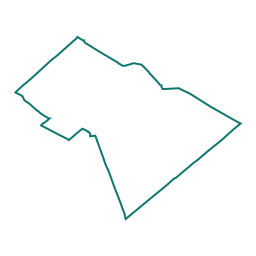 outline of Kārsava, Karsavas, Latvia
{"feature_id": "27541924B33018865841873", "entity_name": "Kārsava", "entity_type": "district", "adm_level": 2, "iso_a3": "LVA", "parent_name": "Latvia", "parent_adm1": "Karsavas", "projection": "robinson", "projection_center": [27.68, 56.785], "detail": "fine", "context": "isolated", "style": "outline", "palette": "teal", "viewbox_px": 256, "rotation_deg": 0, "n_neighbors": 0, "source": "geoboundaries", "source_scale": "gbopen_adm2", "svg_char_len": 1944}
<svg xmlns="http://www.w3.org/2000/svg" viewBox="0 0 256 256"><path d="M77.3,37.0L76.1,38.7L66.7,47.0L57.3,55.4L50.5,60.8L42.8,67.9L35.1,75.0L34.1,75.9L31.7,78.0L30.1,79.5L29.3,80.0L27.0,82.2L24.3,84.3L24.0,84.5L19.4,88.7L15.5,92.3L15.4,92.5L21.0,95.2L22.5,96.3L24.3,100.1L24.8,100.7L29.4,103.7L29.9,104.1L30.3,104.5L37.1,110.7L37.7,110.7L39.1,112.0L40.8,113.5L46.1,116.9L49.2,118.6L49.4,118.6L46.8,120.8L45.8,121.6L44.1,122.8L42.3,123.9L41.1,125.4L41.3,125.5L49.3,129.7L54.1,132.2L60.2,135.4L65.1,137.8L68.0,139.4L68.7,140.0L68.8,140.1L70.2,138.9L71.7,137.7L75.9,134.0L82.3,128.7L86.1,130.4L86.6,130.8L87.7,131.7L88.0,131.5L89.1,132.3L90.2,133.8L90.2,136.3L95.2,135.7L95.7,136.7L97.6,142.2L98.3,144.1L99.7,147.9L101.8,153.9L103.2,157.5L103.9,159.7L105.5,164.3L106.9,167.6L108.0,169.5L110.6,176.5L114.6,187.7L116.9,193.6L118.0,196.3L119.8,201.1L120.6,203.1L121.3,205.1L121.6,206.1L123.5,211.2L124.5,213.8L125.6,219.0L126.6,218.3L129.9,215.5L134.6,211.6L142.0,205.5L144.9,203.1L147.5,201.0L148.7,199.9L155.7,194.2L159.4,191.2L167.6,184.4L172.4,180.0L174.9,178.1L176.0,177.7L177.6,176.4L179.6,174.7L181.2,173.3L183.2,171.6L186.6,168.8L188.8,167.0L191.7,164.4L193.8,162.7L195.6,161.5L197.2,160.2L198.7,159.0L200.0,157.9L203.9,154.5L204.9,153.7L209.1,150.1L211.2,148.4L214.4,145.9L219.1,142.1L220.2,141.1L221.1,140.5L227.2,135.0L232.5,130.3L232.9,129.9L240.6,123.5L240.1,123.3L236.5,121.4L227.8,116.5L217.9,110.8L210.0,106.4L209.0,105.7L208.9,105.6L197.9,98.7L189.9,93.6L189.4,93.4L178.5,88.2L172.8,88.6L164.5,89.0L163.7,89.0L162.8,89.1L162.7,89.0L161.6,87.3L161.5,86.3L161.6,85.6L160.7,85.1L159.9,84.8L158.7,83.2L156.1,80.4L155.5,79.7L152.7,76.6L151.1,74.9L149.6,73.5L149.1,72.3L148.6,71.8L144.6,67.7L141.6,64.8L141.2,64.6L133.8,63.2L124.5,65.9L124.3,65.9L122.7,65.7L119.2,63.7L118.6,63.5L118.2,62.8L111.0,58.5L103.8,54.3L96.2,49.7L85.4,43.0L84.5,42.1L84.2,41.2L84.1,40.6L83.7,40.8L77.3,37.0Z" fill="none" stroke="#0f766e" stroke-width="2"/></svg>